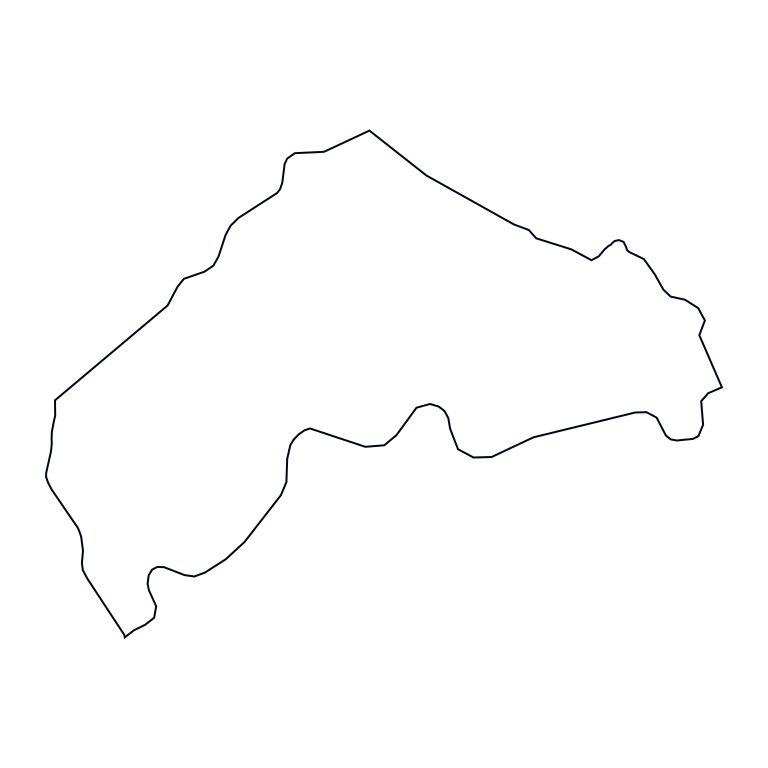 Ancona, Robinson projection
{"feature_id": "ITA-5427", "entity_name": "Ancona", "entity_type": "Province", "adm_level": 1, "iso_a3": "ITA", "parent_name": "Italy", "parent_adm1": "", "projection": "robinson", "projection_center": [13.168, 43.479], "detail": "fine", "context": "isolated", "style": "outline", "palette": "ink", "viewbox_px": 768, "rotation_deg": 0, "n_neighbors": 0, "source": "natural_earth", "source_scale": "10m", "svg_char_len": 1441}
<svg xmlns="http://www.w3.org/2000/svg" viewBox="0 0 768 768"><path d="M369.4,130.6L426.4,175.5L514.0,224.5L528.8,230.0L536.2,238.3L571.4,249.4L591.5,260.2L598.8,256.3L604.5,249.5L608.6,245.8L610.7,244.9L612.3,243.0L614.7,241.0L619.1,240.1L623.5,241.9L625.7,246.1L627.2,250.3L629.6,252.2L643.9,259.1L654.8,274.4L663.4,289.7L670.7,296.6L684.9,299.7L698.2,308.1L704.9,320.5L699.3,335.2L721.9,387.3L708.2,393.2L701.2,401.2L703.1,424.8L698.4,436.1L693.0,438.9L676.8,440.5L670.7,439.4L665.9,435.5L656.6,417.6L646.5,412.2L635.2,412.5L533.5,437.3L491.6,457.0L473.5,457.5L458.0,449.2L450.1,428.7L448.3,418.1L444.5,411.0L438.6,406.5L430.0,404.0L416.5,407.7L396.5,435.1L384.3,445.3L365.3,446.8L310.1,428.5L304.7,430.2L298.8,434.3L293.6,439.7L290.3,445.2L287.2,458.9L286.4,482.1L280.9,495.2L244.5,542.0L225.8,559.2L204.9,572.6L194.3,576.5L184.5,575.1L164.1,567.2L157.4,566.9L152.1,569.7L148.7,575.3L147.6,583.5L148.8,590.0L156.2,606.3L154.2,617.7L145.1,624.8L133.7,630.4L124.8,637.4L124.3,634.9L87.4,578.7L82.8,570.1L81.9,563.1L83.0,550.8L81.2,536.9L79.5,531.8L77.8,527.8L51.7,489.6L48.0,482.5L46.1,476.9L46.2,472.9L51.1,450.9L51.8,442.9L51.6,439.0L51.9,431.5L54.3,419.3L55.2,415.8L55.0,400.3L167.6,305.5L177.5,286.8L183.9,278.8L204.5,271.7L213.4,265.6L218.6,256.4L225.5,235.2L230.6,225.7L238.5,217.9L277.1,193.0L280.1,189.1L282.3,182.7L284.6,164.1L287.2,158.6L294.8,153.2L324.0,151.8L369.4,130.6Z" fill="none" stroke="#020617" stroke-width="2"/></svg>